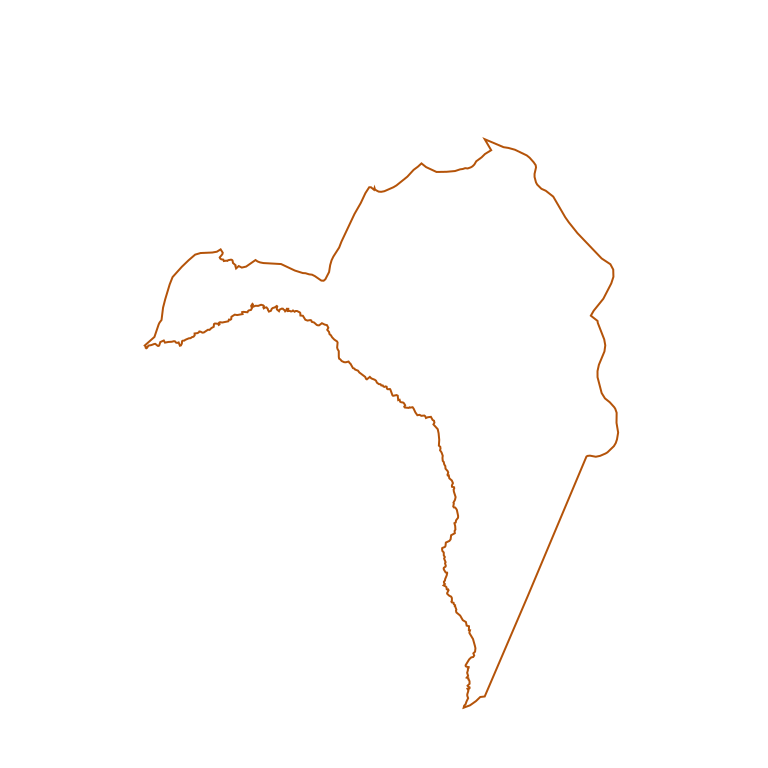 the district of Thpong, Kâmpóng Spœ, Cambodia, rotated 203°
{"feature_id": "14789045B91455576318571", "entity_name": "Thpong", "entity_type": "district", "adm_level": 2, "iso_a3": "KHM", "parent_name": "Cambodia", "parent_adm1": "Kâmpóng Spœ", "projection": "robinson", "projection_center": [104.429, 11.759], "detail": "fine", "context": "isolated", "style": "outline", "palette": "amber", "viewbox_px": 768, "rotation_deg": 203, "n_neighbors": 0, "source": "geoboundaries", "source_scale": "gbopen_adm2", "svg_char_len": 6166}
<svg xmlns="http://www.w3.org/2000/svg" viewBox="0 0 768 768"><g transform="rotate(203 384 384)"><path d="M401.6,381.6L399.8,385.0L397.8,384.2L394.2,384.3L392.6,383.9L391.1,382.5L388.7,381.9L387.1,382.4L385.9,381.6L384.6,382.2L383.6,381.5L382.5,381.5L381.6,382.4L380.5,382.5L379.5,380.9L378.3,380.7L376.6,381.7L376.0,381.4L371.8,376.9L371.0,376.7L368.1,378.7L366.8,378.6L364.6,374.7L363.5,375.6L362.2,374.0L361.0,373.9L359.4,374.4L358.1,374.1L356.2,372.7L356.5,371.0L355.6,370.5L351.8,371.7L351.4,372.5L350.5,372.6L348.6,373.8L347.1,372.9L344.0,370.1L341.1,368.3L339.2,369.5L337.2,369.3L334.6,370.7L333.4,370.4L332.1,369.1L330.7,370.5L328.0,372.1L325.2,369.9L323.6,369.7L322.5,368.1L322.7,366.1L316.9,363.4L314.5,360.0L311.3,354.1L309.4,348.7L307.7,348.2L306.8,346.7L306.5,344.9L304.3,343.5L301.9,340.9L301.3,338.8L299.9,336.2L298.5,335.5L297.1,333.5L295.5,332.4L294.3,330.1L291.4,328.7L290.3,327.6L290.1,325.3L289.6,324.7L288.7,325.2L287.0,322.7L283.9,321.7L281.8,319.7L281.9,317.3L281.3,316.0L279.1,316.3L278.5,315.1L278.7,314.1L277.6,312.2L273.9,307.9L273.4,305.2L273.7,301.9L273.0,301.2L272.4,298.3L271.4,297.7L270.5,298.1L269.0,297.5L267.7,296.5L264.2,291.5L263.6,289.8L264.4,286.6L263.9,284.6L264.8,283.4L263.0,281.1L261.4,277.9L261.6,276.3L260.5,274.3L263.1,271.0L262.0,267.0L262.5,265.1L265.1,262.2L264.1,258.9L264.3,257.8L266.3,255.8L266.1,254.8L265.0,253.1L263.2,252.3L262.0,249.6L260.4,248.5L260.5,246.9L260.0,246.3L257.7,244.1L257.8,242.9L256.1,240.8L256.0,240.0L257.1,238.2L257.0,237.5L256.4,236.6L253.6,234.6L252.2,235.0L251.9,234.4L251.5,232.2L251.5,228.4L251.1,226.8L251.6,225.5L251.1,224.4L249.8,223.7L250.5,221.9L248.3,221.8L247.1,221.3L246.1,219.6L245.4,219.5L244.8,220.0L244.0,219.4L244.2,216.1L243.7,215.5L241.2,214.6L239.1,214.5L237.9,213.5L236.8,211.0L236.9,210.0L236.3,209.5L234.5,209.8L233.7,208.6L232.1,208.1L232.0,207.1L231.4,206.9L229.2,204.5L229.2,203.5L228.1,202.0L223.4,200.6L219.2,197.4L215.6,196.9L213.5,193.9L211.1,194.2L209.7,190.6L208.6,190.9L208.4,188.9L208.0,188.1L202.4,184.0L197.8,178.2L196.6,176.5L195.6,173.2L196.5,171.0L194.9,169.3L195.2,167.6L196.9,166.4L198.0,163.8L199.0,157.0L198.5,156.2L197.8,156.0L195.4,156.5L195.2,155.7L195.5,154.5L195.0,153.6L194.6,150.6L192.5,148.2L193.1,146.0L191.3,146.1L190.8,144.9L190.0,144.7L189.1,143.7L188.1,141.5L189.2,138.9L188.3,138.3L186.7,138.2L186.4,137.5L186.6,136.7L188.0,136.0L186.5,134.7L186.1,130.9L185.5,129.5L183.8,127.7L184.0,123.9L183.8,121.1L184.5,119.2L184.2,117.2L179.3,121.8L175.4,128.1L173.1,133.5L169.2,135.7L168.8,245.6L169.3,396.3L168.6,397.3L166.5,398.5L160.6,399.8L157.0,402.3L152.9,406.6L151.6,408.4L148.1,416.6L147.6,420.2L147.9,424.1L149.5,430.8L154.8,439.1L158.6,448.4L161.4,451.5L163.0,452.6L169.0,455.4L175.0,457.1L180.1,460.7L190.1,473.7L192.5,479.3L193.7,485.7L193.8,500.1L195.4,506.0L198.7,511.1L211.1,523.8L212.1,525.5L220.3,527.7L219.6,533.4L215.4,548.2L214.1,565.4L214.7,572.3L217.7,578.9L222.4,582.7L232.7,584.6L264.8,598.4L277.0,605.0L282.3,608.3L301.4,622.6L310.6,625.1L315.4,625.2L320.9,627.4L322.9,629.0L326.3,633.4L327.5,636.2L328.7,642.8L329.9,644.7L332.9,646.6L338.4,649.2L341.9,650.2L355.1,650.8L361.8,649.9L366.5,648.7L387.0,648.7L376.7,641.1L380.9,635.2L382.7,630.8L386.1,625.1L386.6,621.3L387.6,618.9L388.8,617.3L391.2,615.1L393.6,614.4L395.5,612.7L397.7,611.4L401.8,607.8L409.3,603.8L418.5,599.7L430.0,600.1L435.7,601.7L437.7,597.3L440.4,592.7L443.5,584.0L450.1,571.7L452.2,568.8L459.0,561.6L461.7,559.8L464.1,559.0L466.6,559.2L468.3,559.5L469.3,560.7L469.1,558.9L472.9,560.0L474.5,559.3L475.7,552.4L476.1,541.6L477.6,529.0L478.8,498.5L478.6,492.1L480.4,481.5L480.6,477.4L480.0,472.4L478.3,465.6L478.9,457.5L479.9,455.5L482.1,454.7L489.8,456.3L493.0,456.5L495.7,455.7L499.5,455.3L502.1,454.4L510.4,453.6L525.6,454.2L542.3,448.2L545.6,447.5L548.3,447.4L550.7,447.9L556.8,438.2L560.4,435.6L563.8,435.8L565.3,432.6L566.9,434.5L567.0,435.3L570.3,436.4L571.7,438.5L572.5,438.8L573.4,438.7L575.8,437.1L576.3,436.1L577.4,435.9L579.5,434.6L580.5,435.7L582.5,435.2L583.8,435.5L584.7,436.3L583.5,440.3L583.7,441.8L587.0,444.1L589.5,440.5L593.5,437.9L604.0,432.9L608.4,429.3L612.2,421.6L615.9,412.9L620.4,399.8L620.2,392.0L618.5,376.5L617.2,367.9L613.8,356.0L614.6,352.8L614.7,350.8L613.7,337.6L619.3,325.9L617.9,325.3L617.6,324.3L616.8,324.0L616.3,324.6L615.8,327.3L613.4,328.9L611.1,331.1L610.2,331.6L607.2,330.7L606.3,331.0L606.0,331.8L606.3,335.2L603.7,338.0L601.8,336.5L599.0,338.4L595.8,340.0L594.3,341.2L593.2,341.6L591.4,340.8L590.1,341.2L589.3,342.0L586.8,339.5L586.0,340.2L585.9,342.2L586.6,344.5L586.2,345.2L584.7,346.0L584.2,347.0L581.5,349.8L580.0,350.6L579.0,352.2L577.8,353.1L577.3,354.8L578.1,356.5L575.5,358.0L574.6,359.3L574.5,360.2L573.3,360.5L571.3,360.3L570.0,361.0L567.3,365.1L565.7,365.7L564.7,368.1L563.1,370.1L563.9,372.7L563.3,373.6L560.3,374.6L559.2,373.8L558.7,374.6L559.7,376.1L559.1,376.8L556.9,377.4L551.8,380.9L551.9,382.7L550.5,383.1L550.0,384.0L550.7,386.3L548.5,389.5L546.1,390.1L541.5,393.1L542.7,394.7L541.8,395.4L537.7,396.7L537.7,397.7L537.3,398.8L535.4,400.2L535.2,402.2L536.8,404.0L536.4,406.3L535.7,406.0L535.5,404.6L534.6,404.0L533.0,405.7L530.3,406.8L528.1,408.9L525.9,409.2L525.0,408.8L525.0,407.4L524.2,406.7L523.6,407.7L522.1,408.6L520.2,407.6L519.8,406.9L518.2,405.7L516.7,407.2L516.7,409.4L516.0,410.6L514.6,411.7L513.2,413.9L512.6,413.7L512.3,411.7L511.7,410.8L509.1,410.0L509.1,411.7L507.5,413.5L506.5,413.8L505.7,413.3L504.5,413.2L503.4,412.3L502.8,413.6L502.8,415.3L501.5,415.8L501.2,415.0L501.5,414.2L501.1,413.5L499.2,414.5L498.0,414.4L497.1,415.0L496.5,416.1L494.5,415.6L493.8,416.7L492.6,417.2L489.5,417.0L488.8,416.6L487.7,414.4L485.3,415.1L481.5,412.4L479.2,412.5L476.9,414.0L475.8,414.1L474.8,413.0L472.4,413.3L469.0,412.1L467.7,412.2L466.7,412.6L464.9,415.7L461.8,415.5L459.5,415.9L457.2,414.0L457.4,411.7L454.9,410.4L453.6,408.6L451.9,408.1L450.0,406.7L447.2,405.5L443.8,404.8L442.9,404.0L441.4,399.3L440.4,398.0L438.5,396.6L436.2,391.3L435.2,389.8L433.9,389.6L431.9,388.6L429.2,388.5L427.6,389.1L425.4,390.8L423.5,389.7L422.8,389.6L418.8,386.5L417.2,386.6L416.3,386.0L413.1,386.1L411.3,385.0L404.1,383.2L402.5,381.7L401.6,381.6Z" fill="none" stroke="#b45309" stroke-width="2"/></g></svg>